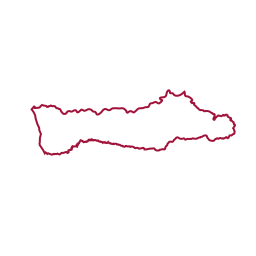 outline of Tefé, Amazonas, Brazil, rotated 217°
{"feature_id": "56859067B54341094874389", "entity_name": "Tefé", "entity_type": "district", "adm_level": 2, "iso_a3": "BRA", "parent_name": "Brazil", "parent_adm1": "Amazonas", "projection": "orthographic", "projection_center": [-65.503, -4.413], "detail": "fine", "context": "isolated", "style": "outline", "palette": "rose", "viewbox_px": 256, "rotation_deg": 217, "n_neighbors": 0, "source": "geoboundaries", "source_scale": "gbopen_adm2", "svg_char_len": 5847}
<svg xmlns="http://www.w3.org/2000/svg" viewBox="0 0 256 256"><g transform="rotate(217 128 128)"><path d="M104.7,120.1L104.1,121.2L103.7,121.4L102.5,121.3L101.9,120.8L100.3,122.1L97.7,125.1L96.3,126.1L95.2,127.3L93.8,127.3L92.7,127.0L91.2,127.5L89.7,128.8L89.5,129.9L88.7,130.5L87.4,132.2L86.5,132.5L86.0,132.9L85.8,133.9L86.5,134.9L86.6,135.5L86.6,136.6L86.3,137.7L86.9,139.1L86.7,141.8L86.0,142.6L84.3,143.6L84.1,144.0L83.9,144.6L84.1,146.1L83.6,148.2L83.6,149.3L83.4,149.7L82.9,150.2L82.5,150.5L80.3,150.7L79.4,151.1L78.2,152.0L77.3,153.2L76.8,153.4L75.3,153.2L74.0,155.0L70.9,157.3L70.1,158.7L69.0,159.1L67.0,160.5L65.9,162.3L65.5,163.2L64.6,163.9L64.6,164.5L63.6,165.6L62.8,167.6L62.1,168.4L61.3,168.9L60.9,169.1L60.3,169.0L58.9,168.1L55.9,167.3L54.9,167.5L52.5,168.7L51.8,169.6L51.5,171.9L51.1,172.3L50.8,173.2L50.4,173.5L49.8,173.6L49.3,173.8L48.9,174.9L48.4,175.4L47.8,175.8L46.6,176.1L46.2,176.4L45.9,177.0L45.4,177.0L45.2,177.1L44.2,179.3L44.1,179.8L43.6,180.0L42.6,179.7L42.2,179.9L41.9,180.9L42.3,182.4L42.2,183.4L40.9,184.3L40.7,184.7L40.7,185.7L39.9,186.9L39.8,187.8L40.4,188.6L40.7,189.5L41.7,189.9L42.8,190.8L43.8,191.0L44.0,191.5L44.0,194.2L44.3,194.6L44.7,194.9L45.1,194.6L45.6,194.7L45.9,195.1L46.8,195.6L47.0,196.1L48.1,196.0L49.7,196.3L50.2,196.2L50.5,195.8L51.0,195.9L51.3,196.3L51.2,197.3L51.5,197.7L52.2,197.7L53.0,197.4L55.0,197.1L55.5,197.2L56.1,198.1L57.3,198.0L58.0,197.3L58.2,196.2L58.6,195.8L59.0,195.6L59.5,195.9L59.9,195.6L60.1,194.6L60.6,193.6L63.4,192.4L63.6,191.3L64.0,190.4L64.1,188.9L64.6,187.9L63.9,187.1L63.9,186.6L64.3,186.3L64.7,186.3L65.2,186.5L65.8,188.0L65.4,189.0L66.2,189.6L66.6,190.7L67.4,191.0L68.3,190.4L68.8,190.3L69.2,190.6L69.8,190.6L70.3,190.3L72.9,190.2L75.3,189.1L76.1,188.5L76.6,187.7L77.5,187.2L78.4,187.4L80.2,186.5L81.0,185.8L82.6,185.6L84.6,186.0L85.1,185.8L87.2,186.3L88.8,186.3L89.3,186.4L89.6,186.9L89.7,187.4L90.2,187.7L91.1,187.2L91.8,186.4L93.3,186.6L93.8,187.0L93.2,188.4L93.4,188.9L94.3,189.4L95.4,189.6L97.0,189.6L99.0,189.3L101.0,188.2L101.5,188.2L102.5,188.7L104.2,190.6L104.7,190.9L105.0,190.0L105.4,187.9L105.9,186.4L107.0,184.5L107.8,183.6L109.2,182.6L110.8,182.1L112.8,182.6L113.4,182.5L113.9,182.3L114.5,181.6L115.4,181.3L117.1,182.7L117.7,182.8L118.2,182.6L118.5,182.1L118.6,181.4L118.4,179.8L117.3,177.4L117.0,175.8L117.7,174.4L120.1,172.1L120.4,171.6L120.5,171.1L119.5,170.4L119.1,170.3L118.0,170.7L117.5,170.7L117.2,170.3L117.3,168.6L117.9,166.6L118.3,166.1L119.1,165.8L120.3,165.8L121.8,165.3L122.1,164.9L123.4,162.7L124.6,161.4L125.0,160.4L124.4,157.8L124.5,157.2L125.0,156.4L126.7,155.0L128.3,152.6L130.3,151.0L131.3,149.9L131.7,148.6L132.1,146.2L132.5,144.3L132.9,143.9L133.4,143.6L135.0,143.5L136.5,142.7L137.3,141.1L137.5,140.0L138.2,139.8L138.7,139.9L139.3,140.2L139.7,140.7L140.3,140.8L142.2,141.0L143.4,140.9L145.0,140.0L146.4,138.6L149.6,136.5L152.2,134.4L152.6,133.5L153.1,131.7L153.7,130.9L154.6,130.4L156.8,129.9L157.7,129.4L158.1,129.0L158.7,127.6L158.8,124.9L159.1,123.0L159.5,121.8L160.0,120.8L161.0,120.1L161.6,120.2L163.0,121.0L163.7,121.1L164.7,120.8L165.7,120.2L166.4,120.1L168.0,120.5L169.7,120.0L170.6,119.5L171.3,118.7L172.4,116.4L173.3,115.4L176.0,114.8L176.4,114.4L176.9,111.5L177.7,110.1L178.2,110.0L179.8,110.7L180.4,110.7L180.8,110.5L181.9,109.2L182.3,108.0L182.9,107.2L183.4,106.8L185.1,106.2L185.5,105.8L186.1,104.9L186.3,103.9L186.4,103.3L186.1,102.9L186.2,102.2L186.8,101.4L187.6,100.7L188.6,100.4L190.7,100.9L191.1,100.9L193.3,102.1L193.8,102.1L194.8,101.6L195.3,101.7L197.3,100.8L197.8,101.0L198.3,101.0L199.2,101.4L200.7,100.8L201.3,100.0L203.0,99.6L203.1,99.2L203.4,99.1L203.7,98.4L204.2,98.0L204.3,97.2L204.7,97.1L205.3,96.1L206.2,96.4L207.2,96.1L209.0,95.1L210.5,94.7L211.0,92.5L210.9,91.4L211.5,90.5L214.4,87.9L215.0,87.8L215.5,88.8L215.9,88.7L216.2,84.9L212.7,83.8L209.8,82.3L207.5,80.0L202.9,76.7L199.0,74.6L197.9,73.3L197.1,72.6L193.9,70.8L192.4,67.1L189.7,63.3L189.3,62.3L188.1,61.2L182.8,59.4L179.6,57.9L179.8,58.5L179.4,58.9L178.4,58.9L177.8,58.7L176.7,58.8L176.6,59.7L173.2,60.7L172.6,61.1L172.0,62.4L171.2,62.6L170.6,63.5L169.7,63.9L168.9,65.1L167.4,65.4L166.7,65.8L166.4,66.4L166.1,68.1L164.5,69.4L163.0,71.6L162.3,71.9L161.5,71.6L161.2,71.8L161.3,72.1L160.9,72.7L160.9,73.0L161.8,73.7L162.1,74.4L161.5,74.9L161.2,75.6L160.8,75.7L160.8,76.4L160.2,76.6L160.6,77.2L160.3,77.8L160.7,78.2L160.8,79.1L161.3,78.9L161.4,80.1L160.1,80.5L159.5,81.4L158.9,81.8L157.4,82.4L157.5,82.6L158.1,82.6L158.0,83.3L158.2,83.5L158.9,83.8L158.8,84.6L158.2,84.8L158.5,85.1L158.8,85.4L158.7,85.6L158.2,85.4L158.1,85.6L157.9,86.2L158.2,87.3L158.1,87.5L158.4,88.1L158.5,89.7L158.1,89.9L157.1,89.9L156.5,90.3L155.1,89.9L154.9,90.4L154.0,90.8L153.9,91.2L153.5,91.4L153.6,91.5L153.4,91.9L152.5,92.6L152.7,92.8L151.9,94.1L152.3,94.4L152.4,94.9L152.0,95.3L151.5,95.4L151.4,95.2L151.0,95.4L150.9,95.7L151.1,96.0L150.9,96.2L150.2,96.0L150.1,96.9L149.5,96.6L149.3,96.7L149.5,96.9L149.3,97.3L148.8,97.5L148.4,97.2L147.8,97.5L147.4,98.3L146.9,98.7L145.4,99.0L145.1,99.5L144.5,99.5L144.2,100.0L142.9,99.8L142.3,100.5L141.6,100.4L141.0,100.6L140.7,100.8L140.6,101.2L139.8,101.3L139.3,101.1L139.3,101.5L138.9,101.7L138.9,101.9L138.3,102.0L138.1,102.5L137.9,102.3L137.1,102.6L137.1,102.8L136.1,103.0L135.9,103.2L136.0,103.5L135.6,103.9L135.5,104.5L135.3,104.3L134.7,104.8L133.8,104.5L132.7,105.4L132.3,105.2L131.8,105.3L131.1,105.8L130.4,106.0L130.3,106.5L130.0,106.6L130.0,106.8L129.5,106.8L128.3,108.2L127.3,108.4L127.0,108.2L126.3,108.6L126.3,108.8L125.3,109.2L125.0,109.1L124.8,109.4L124.2,109.7L123.4,109.6L122.3,109.9L121.9,110.3L121.3,110.3L121.3,110.5L119.8,110.7L119.2,111.3L119.1,112.2L118.5,112.7L117.7,112.7L116.1,114.0L115.7,114.0L115.6,114.3L115.0,114.7L114.5,114.6L114.2,115.1L113.1,115.9L111.8,116.2L110.5,116.1L110.0,116.4L109.2,117.3L108.2,118.0L106.6,118.2L105.2,119.9L104.7,120.1Z" fill="none" stroke="#9f1239" stroke-width="2"/></g></svg>